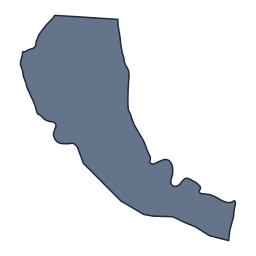 Coolie Town, Praslin, Saint Lucia (Albers equal-area conic projection)
{"feature_id": "8701671B21751079889511", "entity_name": "Coolie Town", "entity_type": "district", "adm_level": 2, "iso_a3": "LCA", "parent_name": "Saint Lucia", "parent_adm1": "Praslin", "projection": "albers", "projection_center": [-60.913, 13.854], "detail": "fine", "context": "isolated", "style": "filled", "palette": "slate", "viewbox_px": 256, "rotation_deg": 0, "n_neighbors": 0, "source": "geoboundaries", "source_scale": "gbopen_adm2", "svg_char_len": 5807}
<svg xmlns="http://www.w3.org/2000/svg" viewBox="0 0 256 256"><path d="M22.6,51.9L22.6,52.8L22.6,53.3L22.5,53.7L22.3,54.8L22.1,56.0L22.0,56.3L21.7,57.5L21.6,57.9L21.5,58.2L21.2,59.0L21.0,59.7L20.9,60.1L20.7,60.9L20.7,61.3L20.6,61.7L20.6,62.0L20.5,63.2L20.5,64.4L20.6,64.9L20.6,65.3L20.7,65.8L20.9,66.2L21.0,66.5L21.4,67.7L21.7,68.4L22.4,70.3L22.6,71.1L22.7,71.4L22.7,71.9L22.8,72.9L22.9,73.3L23.0,73.7L23.0,74.1L23.1,74.7L23.2,75.1L23.3,75.5L23.5,76.4L23.6,76.8L23.9,77.5L24.0,77.9L24.6,79.5L24.8,80.0L25.4,81.8L25.7,82.4L25.9,83.2L26.2,84.0L26.4,84.9L26.6,85.8L26.9,87.0L27.2,88.0L27.7,89.2L28.7,91.2L29.4,92.6L30.4,95.1L30.5,95.5L30.7,95.9L32.1,98.6L32.3,99.0L32.6,99.7L34.0,103.1L34.9,105.2L35.1,105.6L35.2,106.0L35.3,106.3L35.5,107.2L35.7,108.0L35.9,108.8L36.0,109.1L36.1,109.6L36.2,110.0L36.4,110.7L36.7,111.7L37.0,112.4L37.2,112.8L37.3,113.1L37.7,113.8L38.0,114.1L38.3,114.3L39.4,114.8L40.1,115.1L40.7,115.6L41.4,116.2L41.7,116.5L42.6,117.4L42.8,117.7L43.1,118.1L43.7,118.6L44.3,119.1L44.6,119.3L45.6,120.0L47.1,120.6L48.2,121.1L48.5,121.2L48.9,121.3L49.2,121.4L49.6,121.5L50.0,121.6L50.9,121.6L52.7,121.9L53.1,122.0L53.4,122.1L53.8,122.2L54.1,122.4L54.4,122.7L55.0,123.2L55.3,123.5L55.5,123.7L55.7,124.2L55.8,124.5L55.9,124.9L55.9,126.0L55.9,126.4L55.4,127.9L55.1,128.7L55.0,129.0L54.7,129.7L54.4,130.4L54.1,131.5L53.8,132.4L53.6,133.1L53.5,133.9L53.5,135.3L53.6,135.8L54.0,136.9L54.1,137.3L54.2,137.7L54.4,138.1L55.0,139.3L55.7,140.2L56.2,140.9L57.2,141.6L57.5,141.9L57.8,142.1L58.5,142.5L59.3,143.0L59.7,143.1L60.6,143.4L61.4,143.5L61.8,143.5L62.3,143.6L63.1,143.6L63.5,143.7L64.2,143.7L64.6,143.7L67.7,143.7L68.5,143.7L68.8,143.7L69.9,143.5L70.4,143.4L70.7,143.3L72.2,143.3L73.0,143.5L73.4,143.6L73.8,143.7L74.5,144.1L75.1,144.5L75.3,144.8L75.9,145.4L77.4,147.1L83.4,163.3L121.2,201.2L143.9,214.5L153.7,216.2L172.6,216.7L185.6,222.9L195.3,226.8L209.4,235.7L228.6,240.6L229.8,230.3L233.7,216.1L233.7,213.5L234.5,208.1L235.5,203.6L235.3,202.4L235.0,201.5L234.4,200.7L231.5,202.1L230.0,202.5L229.3,202.6L228.7,202.6L227.9,202.5L227.6,202.4L227.2,202.4L226.8,202.3L226.5,202.2L226.1,202.1L225.7,202.0L225.4,201.9L224.7,201.7L223.6,201.3L223.3,201.1L222.9,201.0L222.2,200.7L221.5,200.3L220.8,200.0L220.2,199.7L219.1,199.0L218.2,198.4L217.9,198.2L217.2,197.8L216.9,197.7L216.3,197.4L215.9,197.2L214.9,196.7L214.2,196.4L213.5,196.1L211.8,195.3L210.1,194.7L209.4,194.6L209.0,194.4L208.7,194.4L208.0,194.3L206.8,194.2L205.7,194.1L204.7,193.9L203.1,193.7L202.0,193.7L201.6,193.7L200.6,193.3L200.2,193.1L199.9,192.8L199.7,192.6L199.4,192.2L199.3,191.8L199.3,191.3L199.5,190.6L199.6,190.2L199.9,189.6L200.3,188.8L200.4,188.5L200.5,188.1L200.5,187.6L200.4,187.2L200.2,186.8L200.0,186.5L199.6,185.9L199.0,185.3L198.4,184.7L198.1,184.5L196.8,183.2L196.0,182.6L195.6,182.3L195.3,182.1L194.9,181.9L194.5,181.7L193.1,181.0L192.4,180.6L191.4,180.0L191.0,179.8L190.4,179.4L190.0,179.2L189.3,179.0L188.7,178.7L187.5,178.4L186.8,178.1L186.5,178.2L186.1,178.2L185.8,178.4L185.4,178.5L184.7,178.8L184.1,179.3L183.9,179.5L183.2,180.1L183.0,180.3L182.5,180.8L182.0,181.5L181.3,182.4L180.1,183.9L179.9,184.2L179.4,184.8L179.1,185.0L178.4,185.3L178.0,185.5L177.4,185.7L177.0,185.9L176.3,186.2L176.0,186.3L175.6,186.4L174.4,186.3L174.1,186.2L173.6,186.0L173.3,185.9L172.3,185.4L172.0,185.2L171.7,184.9L171.5,184.6L171.3,184.2L171.2,183.9L171.0,183.5L170.9,182.7L170.9,181.4L171.0,181.1L171.0,180.7L171.0,180.2L171.2,179.0L171.3,178.6L171.4,178.2L172.4,175.3L172.5,174.8L172.5,174.3L172.6,173.9L172.7,173.1L172.7,171.7L172.7,171.3L172.7,168.4L172.6,167.9L172.5,167.1L172.4,166.7L172.3,166.3L172.2,165.8L172.0,165.0L171.9,164.7L171.5,163.9L171.3,163.6L170.6,162.2L170.1,161.6L169.5,161.0L169.2,160.8L168.9,160.5L168.5,160.3L167.8,160.0L167.1,159.7L166.4,159.5L164.9,159.5L164.5,159.6L163.8,159.7L163.4,159.8L162.7,160.0L161.9,160.3L161.2,160.7L160.8,160.8L159.5,161.3L157.9,162.1L154.8,163.5L154.3,163.7L153.5,164.0L152.7,164.0L152.3,163.9L151.5,163.7L151.1,163.5L150.7,163.4L150.4,163.2L150.1,162.9L149.8,162.7L149.6,162.3L149.6,161.9L149.7,161.4L149.8,161.1L150.0,160.8L150.3,159.6L150.4,159.1L150.4,158.2L150.3,157.4L150.2,157.0L149.9,156.2L149.6,155.4L149.1,154.3L147.8,151.8L147.5,151.1L147.1,150.2L146.9,149.4L146.6,148.7L145.7,146.1L145.0,144.2L144.4,142.9L143.7,141.4L142.9,139.7L142.7,139.3L142.3,138.6L141.3,136.9L140.6,135.9L139.9,134.7L139.6,134.3L139.3,133.6L139.1,133.3L138.4,132.0L136.7,129.1L136.4,128.8L136.2,128.4L136.0,128.0L135.5,127.2L134.1,124.5L133.7,123.6L133.5,123.1L133.1,121.9L132.4,120.4L131.9,119.0L131.1,116.2L130.9,115.5L130.8,115.2L130.6,114.8L130.4,114.1L130.0,113.3L129.8,113.1L129.6,112.7L128.9,111.2L128.8,110.8L128.4,109.7L128.3,109.3L128.2,108.5L128.2,108.0L128.0,106.7L128.0,105.5L128.0,104.9L128.0,104.1L127.9,103.4L127.9,102.4L127.9,101.9L127.9,97.5L128.0,97.0L128.0,93.0L128.0,92.6L128.1,89.9L128.2,88.9L128.2,87.7L128.3,87.2L128.3,86.2L128.4,84.8L128.4,83.8L128.6,81.0L128.7,80.2L128.7,79.8L128.9,78.1L128.9,77.7L129.0,77.3L129.0,76.5L129.0,75.4L128.9,72.8L128.8,72.2L128.8,71.8L128.5,71.0L128.4,70.7L128.3,70.2L128.0,69.4L127.2,68.0L127.0,67.5L126.8,67.2L126.3,66.5L126.1,66.0L125.9,65.7L125.7,65.4L125.3,64.6L124.9,63.5L124.5,62.2L124.3,61.1L124.1,60.0L124.0,59.6L123.9,58.7L123.8,57.9L123.6,57.1L123.3,56.1L122.9,54.8L122.6,53.7L122.2,52.4L121.9,50.9L121.5,48.4L121.4,48.0L121.1,46.3L120.9,44.6L120.6,42.7L120.6,42.3L120.5,41.8L120.4,40.6L120.3,40.2L120.2,39.1L120.1,37.7L120.0,37.3L120.0,36.9L119.9,36.5L119.8,36.1L119.7,35.5L119.6,34.7L119.4,33.3L119.1,31.8L118.9,30.2L118.7,29.0L118.6,28.6L118.5,27.8L118.4,27.4L118.3,27.1L118.3,26.7L118.2,26.3L118.1,25.4L117.9,23.2L117.9,22.4L117.9,19.4L75.2,16.6L54.8,15.4L52.7,18.4L46.5,24.6L41.2,31.5L38.9,34.9L37.5,38.2L36.2,41.6L35.6,45.9L33.3,48.3L28.3,49.8L25.6,51.5L22.6,51.9Z" fill="#64748b" stroke="#1e293b" stroke-width="1.5"/></svg>